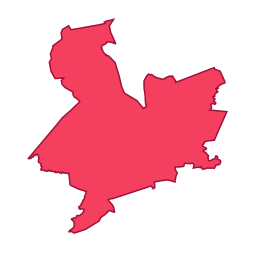 the district of San Luis Acatlán, Guerrero, Mexico, rotated 3°
{"feature_id": "50627088B39564204032097", "entity_name": "San Luis Acatlán", "entity_type": "district", "adm_level": 2, "iso_a3": "MEX", "parent_name": "Mexico", "parent_adm1": "Guerrero", "projection": "mercator", "projection_center": [-98.707, 16.871], "detail": "fine", "context": "isolated", "style": "filled", "palette": "rose", "viewbox_px": 256, "rotation_deg": 3, "n_neighbors": 0, "source": "geoboundaries", "source_scale": "gbopen_adm2", "svg_char_len": 5728}
<svg xmlns="http://www.w3.org/2000/svg" viewBox="0 0 256 256"><g transform="rotate(3 128 128)"><path d="M30.1,163.6L30.6,163.9L31.1,163.8L31.4,163.4L32.4,163.6L33.7,162.1L34.6,162.0L35.1,161.7L35.0,161.3L35.1,160.4L35.5,160.1L36.0,159.9L37.1,160.3L37.4,160.2L37.7,159.5L38.7,158.6L39.9,160.1L40.5,163.1L40.2,166.1L40.4,166.7L40.8,167.2L42.1,167.7L42.9,168.3L43.2,168.7L42.9,170.1L43.3,170.8L44.1,171.5L43.8,172.4L43.4,173.0L43.2,173.7L43.3,174.3L43.7,174.6L44.0,174.8L45.4,174.2L46.1,174.4L46.9,175.3L47.5,175.2L48.1,174.9L49.5,175.5L49.8,175.1L50.0,175.3L50.2,175.2L50.2,174.9L50.4,174.9L50.6,174.6L50.8,175.0L51.9,174.7L52.4,174.9L52.5,174.5L53.0,174.6L52.9,174.8L53.1,175.0L53.4,174.9L53.8,175.2L54.6,175.2L55.2,175.4L55.7,175.3L57.0,175.6L57.5,176.1L57.9,175.4L58.8,176.3L60.1,175.6L60.8,175.8L61.7,175.8L62.2,176.5L62.6,176.2L63.2,176.0L64.0,176.8L64.7,176.1L64.9,175.5L65.3,175.6L65.8,175.8L66.1,176.2L66.7,176.1L67.2,176.4L68.5,176.4L70.0,176.0L69.9,176.4L70.5,176.8L71.4,176.8L73.2,188.0L79.9,190.8L83.4,192.0L89.8,193.6L89.1,196.3L88.1,198.9L88.1,199.3L88.4,200.2L88.0,201.1L86.7,202.6L86.8,203.3L86.1,204.7L86.1,205.5L85.9,205.8L85.2,206.2L85.3,206.9L84.4,208.2L84.3,208.5L82.9,209.3L83.4,210.5L83.4,211.1L83.7,211.3L84.5,211.1L84.6,211.5L85.0,211.6L87.3,211.1L88.3,211.8L87.8,214.3L87.3,214.9L86.4,216.3L85.3,216.8L84.4,218.0L83.1,218.1L82.6,218.0L81.9,218.1L81.3,218.5L81.1,219.3L80.6,220.3L79.0,220.7L78.3,220.7L77.8,221.2L76.5,221.7L76.3,221.9L76.5,222.3L77.3,223.1L77.6,223.3L78.1,223.4L79.0,225.1L79.2,226.0L79.5,226.1L79.2,227.6L79.5,229.1L79.4,229.6L77.2,231.7L76.2,232.7L75.4,233.2L74.8,233.9L74.5,234.6L74.7,234.8L75.0,234.8L75.6,234.5L76.8,234.4L78.2,234.8L79.3,235.7L81.8,235.0L83.4,234.4L90.9,231.4L103.9,222.5L105.2,219.9L105.6,218.7L106.4,218.0L108.9,216.2L112.2,213.0L112.1,212.3L113.8,211.4L118.5,212.8L119.0,212.5L118.4,210.1L117.4,207.0L116.6,205.8L113.0,202.1L111.9,200.8L113.7,199.8L116.5,199.3L154.4,184.6L156.3,187.4L156.8,187.2L156.8,186.9L157.0,186.5L157.4,186.3L157.8,186.3L157.9,186.1L157.7,184.6L157.6,183.1L157.3,181.9L157.2,180.5L163.9,178.9L170.2,177.8L174.1,178.5L177.7,179.5L178.3,174.1L179.6,170.2L179.2,169.9L178.7,168.8L178.0,168.2L177.6,167.5L177.5,166.7L177.2,166.4L177.3,164.4L180.7,164.3L185.6,163.4L186.4,160.3L191.2,160.3L192.1,160.5L193.2,159.8L193.8,160.0L194.0,159.9L194.9,160.0L195.6,160.8L195.7,161.5L195.6,163.4L195.3,164.6L200.1,163.4L202.6,163.8L203.0,163.0L203.1,163.4L203.9,164.1L204.0,164.6L205.0,165.1L205.1,165.4L209.1,163.9L215.1,163.6L216.3,163.8L216.5,163.2L217.5,161.6L217.6,160.3L218.3,160.1L219.3,160.2L220.0,160.1L221.3,159.6L221.7,159.0L222.3,157.5L222.3,156.8L222.2,156.1L221.3,155.1L220.9,155.1L218.7,154.2L218.8,153.6L219.1,153.1L219.1,152.5L218.7,151.6L218.2,151.4L217.3,151.3L217.0,151.6L216.7,152.3L216.8,152.9L216.6,153.5L216.2,154.3L215.9,154.5L214.3,154.7L212.9,155.9L212.3,156.0L211.8,156.4L210.6,156.6L210.0,156.3L209.8,155.5L210.0,155.0L209.9,154.4L209.4,153.9L209.3,153.5L209.4,153.3L209.3,153.0L209.7,152.6L210.0,151.7L207.3,148.9L206.2,148.1L205.1,147.8L204.6,147.4L204.3,146.9L204.2,146.6L204.4,146.4L205.4,145.9L206.6,145.6L207.0,145.3L207.4,144.6L207.3,144.0L206.9,143.7L206.2,143.4L204.4,143.0L203.2,141.4L204.6,139.8L205.2,138.4L205.1,137.7L208.1,136.8L214.9,135.7L218.3,126.3L225.9,106.5L208.6,105.8L208.9,105.4L209.7,104.9L210.3,103.8L210.3,103.2L210.2,102.4L209.8,101.8L209.5,101.0L210.6,99.2L211.0,99.0L212.0,99.4L212.8,99.4L213.5,99.8L213.9,99.4L214.3,98.8L214.2,98.2L214.1,97.8L212.6,97.2L212.0,96.5L212.0,96.0L212.2,95.8L213.0,95.4L213.2,95.2L213.4,94.7L213.3,94.4L212.4,94.1L211.4,93.1L211.1,92.6L211.1,92.2L211.5,91.9L212.0,92.0L212.5,92.3L213.0,91.9L213.1,91.6L212.8,90.4L212.8,89.8L214.0,88.8L214.2,88.0L215.4,87.6L215.6,87.4L215.7,87.0L215.6,86.8L214.8,86.4L214.7,85.7L214.0,84.9L213.7,84.0L214.1,83.9L215.0,84.1L215.8,83.9L216.1,83.4L215.2,82.9L215.0,82.7L215.4,82.1L215.9,81.9L216.5,81.1L216.8,80.9L216.9,80.5L217.5,80.5L218.3,80.0L218.5,79.8L218.6,79.3L218.8,79.1L219.8,78.7L219.9,78.9L220.6,78.6L221.0,78.6L221.1,78.4L222.3,78.0L222.4,77.5L222.1,76.7L222.2,76.3L216.9,66.3L211.8,64.9L211.6,64.3L210.7,63.8L210.8,63.3L206.8,65.0L173.4,79.9L173.2,80.0L173.0,77.9L172.5,77.6L172.1,77.5L171.7,77.0L171.6,76.3L170.6,75.6L170.3,75.3L170.2,74.9L170.3,74.2L170.2,74.0L169.9,73.9L169.2,73.7L168.6,74.3L168.4,74.4L167.9,74.3L167.6,73.9L167.1,73.9L162.8,75.9L160.8,77.6L154.1,76.3L150.8,74.8L148.9,73.4L147.6,73.6L145.6,73.1L143.8,75.3L141.5,80.3L142.0,87.4L143.4,94.6L144.1,101.9L144.3,102.1L144.6,104.1L145.3,104.8L145.2,105.8L144.2,106.6L143.4,106.6L143.4,107.0L142.7,107.4L142.4,107.7L135.4,100.1L122.6,93.4L119.4,86.8L116.0,75.1L114.1,70.2L111.7,63.4L104.9,57.1L104.3,57.0L104.0,56.8L103.3,56.9L103.0,56.6L102.7,56.7L102.1,56.5L102.2,56.2L101.9,56.2L101.8,55.7L101.2,55.4L100.9,54.9L100.4,54.7L99.7,53.8L98.9,53.1L98.6,51.6L98.0,50.8L97.6,50.8L97.6,49.7L97.4,49.6L97.3,49.2L97.0,48.9L97.3,48.3L97.5,47.6L98.0,47.1L98.4,47.0L98.7,46.3L99.5,46.0L99.8,46.1L100.1,45.6L100.5,45.3L101.6,45.0L101.8,44.6L101.8,43.8L102.1,43.3L102.6,43.2L103.3,43.4L103.9,42.7L104.3,42.6L104.8,43.0L105.8,43.0L106.4,43.4L106.9,43.3L108.2,43.4L108.5,43.5L108.6,43.9L109.0,44.1L109.7,44.2L110.1,44.1L110.9,44.5L111.1,44.5L111.2,44.2L110.7,43.1L105.7,33.6L104.0,27.1L107.9,20.3L100.5,22.6L100.2,22.5L99.9,22.7L99.9,22.9L99.7,23.3L99.8,24.0L99.4,23.7L99.2,23.7L99.3,23.8L99.3,24.5L99.0,24.4L98.9,25.0L94.0,26.4L65.9,32.9L63.4,29.0L57.5,32.9L56.3,36.4L57.4,42.7L48.5,50.0L49.1,50.8L46.6,57.9L47.9,62.8L46.0,66.4L48.2,75.6L52.6,82.4L61.1,81.5L58.9,84.2L59.2,85.5L60.1,88.2L63.2,91.0L71.1,94.9L71.4,97.8L73.0,100.1L74.7,100.9L77.2,102.9L78.5,104.3L69.7,113.6L62.0,121.1L55.2,130.4L30.1,163.6Z" fill="#f43f5e" stroke="#9f1239" stroke-width="1.5"/></g></svg>